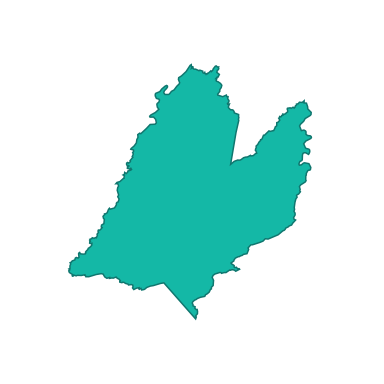 Cavalcante, Goiás, Brazil, rotated 44°
{"feature_id": "56859067B42451354994867", "entity_name": "Cavalcante", "entity_type": "district", "adm_level": 2, "iso_a3": "BRA", "parent_name": "Brazil", "parent_adm1": "Goiás", "projection": "equal_earth", "projection_center": [-47.734, -13.642], "detail": "fine", "context": "isolated", "style": "filled", "palette": "teal", "viewbox_px": 384, "rotation_deg": 44, "n_neighbors": 0, "source": "geoboundaries", "source_scale": "gbopen_adm2", "svg_char_len": 6023}
<svg xmlns="http://www.w3.org/2000/svg" viewBox="0 0 384 384"><g transform="rotate(44 192 192)"><path d="M222.4,51.9L217.6,51.8L215.9,50.3L212.6,48.6L210.7,50.1L209.3,48.5L209.1,51.0L206.9,52.8L207.1,54.7L206.1,56.2L206.7,56.7L206.6,58.5L207.2,59.5L207.2,60.7L205.8,60.8L205.2,63.0L204.2,63.2L202.5,65.4L202.8,66.2L204.1,66.8L205.2,68.0L204.8,69.7L205.0,70.5L204.3,72.1L203.2,72.9L204.1,73.6L203.3,74.7L203.9,75.6L203.6,76.3L202.6,76.8L203.3,77.8L203.1,78.7L205.2,79.3L205.5,81.8L204.8,83.2L206.9,85.5L206.7,87.6L207.2,88.2L208.1,91.0L206.2,94.0L204.9,94.6L204.7,101.0L204.0,101.5L205.4,104.9L205.5,105.7L205.0,106.7L205.5,107.2L205.5,109.4L206.3,112.3L206.2,114.4L207.4,115.5L207.9,117.0L208.8,118.1L209.5,118.0L211.6,119.2L211.0,120.4L210.8,123.3L209.4,125.1L208.6,125.0L207.6,128.2L206.3,129.7L205.3,131.5L204.7,135.1L203.8,136.4L202.7,137.2L201.1,140.6L200.6,145.3L182.3,118.6L175.9,108.0L174.8,107.4L174.0,105.9L173.2,105.5L171.7,103.9L167.5,105.7L166.2,104.8L164.3,104.6L162.5,106.1L160.0,106.0L159.1,105.7L157.8,102.7L156.9,104.1L156.2,103.9L155.9,101.5L155.0,100.5L153.0,100.2L151.7,98.4L150.8,99.2L149.4,98.4L147.9,102.1L143.2,104.4L142.5,103.8L142.1,100.3L140.9,99.1L140.5,96.6L139.3,94.5L137.1,94.1L134.1,94.6L132.7,95.3L131.9,95.1L131.0,93.1L130.4,93.7L130.3,91.6L130.9,91.2L130.0,88.4L126.8,88.7L125.6,86.8L126.0,85.8L125.5,84.6L124.8,84.4L124.3,83.5L123.4,84.4L121.8,84.5L121.4,85.3L121.7,88.6L122.3,89.8L122.3,91.9L121.4,91.8L121.2,95.0L120.8,95.4L121.1,96.2L120.4,96.8L120.4,97.6L119.5,97.3L118.9,97.8L118.1,97.2L118.2,98.1L117.4,98.6L116.7,98.5L115.8,97.6L113.0,98.9L112.8,99.9L109.3,101.1L108.3,102.1L107.0,102.4L106.1,101.6L105.7,103.3L105.0,101.8L104.5,102.2L103.0,100.9L102.7,102.2L104.1,109.5L103.8,115.8L103.0,119.0L104.1,120.5L107.3,122.0L107.7,123.3L107.6,126.5L108.2,131.1L107.3,133.9L107.7,137.2L107.4,138.1L104.8,140.6L103.3,140.4L102.5,140.0L101.8,138.3L101.8,135.2L101.4,133.4L100.6,132.8L99.7,133.0L99.1,134.6L98.7,138.9L99.1,142.2L97.4,146.2L97.6,147.1L98.8,148.4L101.4,149.4L103.7,148.2L104.7,148.4L105.7,150.2L105.5,152.6L106.0,153.5L108.2,155.1L110.7,155.5L110.4,160.3L108.9,165.1L108.9,166.9L109.8,167.3L112.3,164.8L115.4,165.0L118.3,167.0L118.4,168.8L115.0,172.5L115.1,177.8L114.7,185.6L113.5,186.0L113.1,188.4L115.2,190.2L115.9,192.6L117.9,195.4L118.4,199.1L118.0,203.1L118.3,203.8L120.7,202.4L121.7,203.2L122.0,205.0L122.9,205.1L123.6,205.8L124.4,208.1L125.3,208.1L125.7,212.5L126.4,212.7L126.6,213.7L126.3,215.3L125.2,215.4L124.9,216.6L125.6,217.5L127.6,218.3L127.9,217.2L128.6,217.1L128.6,219.3L129.1,219.9L131.4,218.7L131.5,217.4L132.9,217.8L132.7,219.0L131.3,221.4L131.9,222.3L131.9,224.4L130.0,224.7L131.1,226.1L130.6,227.6L132.1,227.2L132.9,228.7L133.6,229.2L133.2,230.2L132.9,234.6L131.4,237.2L131.5,238.9L132.7,237.6L134.6,238.4L135.2,239.0L135.4,240.3L137.0,242.7L141.3,245.1L141.9,247.0L144.4,247.7L145.8,250.4L145.3,251.4L145.4,252.6L146.6,253.9L147.3,257.3L145.1,261.2L143.9,261.0L144.0,262.5L145.4,265.9L144.9,267.9L144.3,268.5L144.8,268.9L144.9,271.3L146.7,272.5L147.9,272.5L150.6,276.0L149.9,278.6L151.0,280.2L152.1,280.0L152.3,282.7L151.7,284.2L151.1,284.4L151.5,285.4L152.8,286.1L153.0,288.3L154.1,289.0L155.0,291.4L154.2,291.8L153.8,293.3L152.0,294.2L152.3,295.0L151.4,297.0L152.2,297.2L152.3,298.2L153.3,298.3L153.2,299.0L153.9,299.9L154.7,299.7L155.6,298.4L156.9,300.0L157.0,302.2L156.5,304.7L157.0,305.6L157.0,308.3L157.2,309.3L157.9,309.5L158.2,310.6L157.1,312.1L154.7,314.0L153.2,313.5L153.0,314.6L153.3,315.2L156.0,317.4L155.9,318.7L154.2,319.5L154.0,320.7L154.9,322.2L153.7,324.8L153.9,326.4L153.4,327.5L154.7,328.0L155.5,329.9L157.3,331.7L156.9,332.9L158.2,332.9L158.1,334.3L159.7,335.1L163.9,334.3L164.0,335.5L164.6,335.5L165.0,334.8L164.9,333.8L166.9,332.8L167.4,331.6L170.4,328.9L172.4,326.0L172.8,326.5L173.6,326.2L174.5,326.7L176.7,324.5L180.4,317.9L183.4,313.8L185.1,312.8L188.2,313.7L190.7,313.2L192.1,310.7L192.7,311.4L194.2,309.3L195.1,308.8L196.5,305.9L198.3,306.0L199.7,305.4L202.0,305.6L202.0,306.4L202.7,307.0L204.6,305.9L204.9,304.9L206.0,304.2L207.6,304.0L210.0,302.7L210.9,303.0L212.7,300.7L214.1,300.1L215.6,301.4L215.8,302.3L217.9,302.6L218.8,299.9L220.4,297.6L221.0,298.6L221.7,298.6L222.2,296.8L223.8,297.5L225.1,295.7L225.5,294.9L225.8,292.0L227.4,288.6L229.2,286.2L232.9,279.6L234.9,276.9L282.8,280.8L281.9,278.9L280.7,278.7L280.5,275.8L278.9,274.0L277.3,272.9L276.7,273.6L274.8,273.7L274.0,272.4L271.8,273.2L271.1,272.4L269.3,271.7L268.8,270.4L269.0,268.0L269.6,266.6L269.9,264.8L271.2,261.9L273.7,258.2L273.1,256.5L273.7,254.6L273.9,252.0L272.9,249.2L273.3,248.3L272.1,246.9L272.2,244.6L268.9,240.6L265.8,239.4L265.1,237.2L265.5,235.0L268.0,230.4L269.0,229.8L269.7,230.0L271.1,227.6L272.4,226.4L273.3,222.0L274.0,221.6L274.8,220.0L276.7,218.8L278.5,218.6L279.9,214.5L279.2,214.4L278.0,215.5L276.2,215.3L275.3,216.6L274.4,216.7L273.4,215.6L270.2,216.2L269.4,216.0L270.0,212.5L269.5,211.9L269.1,209.5L270.1,206.6L271.0,205.5L271.2,204.3L272.1,202.8L272.4,201.0L274.4,198.2L272.7,194.0L271.2,193.3L271.0,189.2L272.2,187.9L275.8,181.2L277.2,178.0L277.2,174.7L279.4,173.0L283.7,162.9L284.3,156.9L284.9,155.6L285.0,154.3L284.5,152.9L285.5,150.1L285.5,148.8L286.6,146.6L286.1,144.4L286.0,140.2L284.2,140.7L282.9,139.8L282.1,136.9L280.8,135.6L278.8,135.1L277.9,133.3L276.4,132.2L273.3,128.0L271.5,124.8L271.2,122.7L269.8,122.1L269.5,121.1L270.1,119.5L269.8,116.5L268.6,116.3L268.0,115.0L265.5,113.5L265.2,111.6L266.5,106.1L266.3,105.1L266.0,104.4L265.3,104.2L262.6,101.3L262.5,100.5L261.3,99.2L260.5,96.3L260.7,95.4L261.6,94.3L261.6,93.6L260.4,91.8L256.4,90.4L252.7,92.8L252.1,93.8L251.8,96.5L250.6,98.1L249.4,97.6L248.4,95.2L249.1,93.3L249.0,92.3L245.8,88.7L245.0,87.2L245.4,85.9L246.5,84.8L249.7,84.0L249.5,82.9L248.8,81.3L247.5,80.1L246.3,80.0L243.7,81.4L242.8,81.4L238.8,79.7L238.5,76.2L240.3,71.0L240.1,69.9L239.1,69.3L237.9,69.5L235.9,71.1L233.9,71.3L232.2,69.5L231.3,69.2L229.5,69.7L228.0,71.9L223.5,69.8L223.0,67.9L223.2,63.6L222.4,60.6L223.9,54.8L223.8,53.6L222.4,51.9Z" fill="#14b8a6" stroke="#0f766e" stroke-width="1.5"/></g></svg>